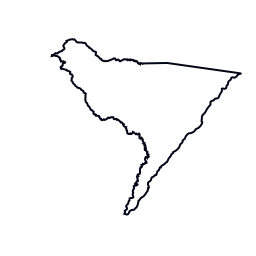 outline of Pium, Tocantins, Brazil, rotated 196°
{"feature_id": "56859067B30046930034094", "entity_name": "Pium", "entity_type": "district", "adm_level": 2, "iso_a3": "BRA", "parent_name": "Brazil", "parent_adm1": "Tocantins", "projection": "orthographic", "projection_center": [-49.76, -9.946], "detail": "fine", "context": "isolated", "style": "outline", "palette": "ink", "viewbox_px": 256, "rotation_deg": 196, "n_neighbors": 0, "source": "geoboundaries", "source_scale": "gbopen_adm2", "svg_char_len": 5955}
<svg xmlns="http://www.w3.org/2000/svg" viewBox="0 0 256 256"><g transform="rotate(196 128 128)"><path d="M79.0,114.7L77.8,116.3L78.0,117.2L75.9,119.2L74.5,121.3L73.5,123.6L73.2,126.6L71.9,129.0L71.7,129.7L72.0,130.7L71.4,132.1L70.5,133.2L70.1,136.2L69.1,138.4L67.9,139.7L66.2,140.4L64.9,141.4L63.2,143.3L62.6,145.3L61.8,146.3L60.5,147.2L58.9,149.9L58.2,152.4L58.1,153.5L58.4,154.3L59.1,154.6L60.1,159.8L59.6,161.5L58.2,164.0L57.3,168.0L56.3,170.7L55.4,172.5L55.2,173.3L55.9,175.8L55.7,176.2L54.7,177.3L53.3,178.2L52.5,180.0L49.7,181.5L49.2,182.9L49.0,185.1L48.0,188.9L48.0,189.6L48.6,191.5L48.0,192.1L46.1,192.2L44.7,193.3L44.6,194.6L44.9,195.7L44.0,197.4L44.3,200.0L43.7,201.3L42.7,202.6L42.5,203.7L42.6,204.5L42.3,205.0L41.6,205.5L39.5,205.7L38.4,206.8L37.7,207.8L37.1,209.6L34.8,211.3L35.1,211.5L108.3,201.3L131.3,194.2L131.6,193.7L133.2,194.1L133.5,193.6L134.2,193.5L134.1,192.9L135.1,193.4L135.4,193.2L135.4,192.8L136.3,193.0L136.8,193.9L137.3,194.0L137.5,194.4L138.1,194.7L138.5,194.7L138.6,194.2L138.9,194.1L139.4,194.2L139.9,194.5L140.2,194.0L141.0,194.1L141.1,194.6L141.7,194.8L144.2,194.5L144.0,193.9L144.5,193.6L145.8,194.1L146.7,193.2L147.2,193.6L147.5,193.2L148.1,193.3L148.3,193.6L149.6,193.1L150.2,193.2L151.1,192.7L154.0,189.9L154.4,189.9L154.7,190.4L156.4,191.1L157.0,190.5L158.1,189.9L158.8,190.7L159.7,191.3L160.2,191.2L160.1,190.8L160.9,190.8L163.8,188.3L164.5,188.0L165.1,187.4L166.1,186.7L168.8,185.8L169.5,186.0L169.8,185.7L170.4,185.7L172.2,186.1L172.8,187.0L174.0,187.0L176.3,188.5L178.8,189.1L179.2,189.3L179.7,192.1L180.0,192.3L182.7,192.4L183.1,192.8L186.1,194.3L187.3,194.4L188.0,195.1L190.3,195.9L192.1,197.7L193.4,197.9L194.1,197.5L196.3,197.4L198.4,196.7L199.8,196.6L200.2,196.3L201.6,196.7L201.9,197.2L204.2,198.5L204.8,198.0L205.8,198.0L207.1,197.4L207.6,197.4L211.1,194.8L210.6,194.2L210.6,193.7L211.6,192.7L212.3,191.3L212.9,189.1L211.1,187.2L211.0,186.5L211.4,185.7L212.4,184.6L212.7,183.8L215.0,182.3L215.4,181.4L216.3,180.8L216.4,180.3L217.2,180.0L218.3,180.0L219.3,178.1L221.2,177.2L221.1,176.1L220.5,176.4L219.0,177.7L218.3,177.3L216.0,177.6L215.1,177.5L214.6,177.1L213.6,177.0L213.0,176.7L212.2,175.8L212.5,175.5L212.4,175.2L211.1,174.3L210.9,173.5L210.2,173.5L208.7,174.3L207.3,173.9L207.0,174.1L206.5,173.5L207.2,172.8L208.2,172.3L208.4,171.4L208.1,170.5L208.3,169.3L209.5,168.4L209.5,167.8L208.9,167.4L208.7,166.5L208.4,166.3L207.4,166.9L204.1,166.8L203.4,167.0L203.0,166.9L202.6,166.4L199.7,166.3L198.9,165.9L198.9,164.6L198.6,164.2L198.3,163.9L196.6,163.9L196.2,163.7L195.4,162.3L195.3,161.8L195.9,160.5L195.6,160.0L195.5,158.0L194.3,157.3L192.7,155.6L191.2,155.0L189.9,153.8L188.7,153.6L187.7,152.9L186.9,152.8L185.9,153.0L184.6,152.7L184.0,152.4L183.8,152.1L183.2,151.7L182.7,151.7L181.0,151.1L180.3,149.8L178.7,149.7L177.9,149.2L177.9,147.3L177.1,145.3L177.2,144.3L175.9,141.7L174.7,140.7L174.3,140.7L172.5,138.3L171.9,138.2L171.5,137.8L170.9,137.6L168.9,135.4L168.2,135.3L168.0,135.0L167.2,135.1L166.0,134.2L165.6,134.2L165.3,133.9L165.3,132.6L164.7,132.0L163.6,131.7L162.9,132.2L162.3,131.9L162.1,131.0L159.9,131.5L159.0,131.4L158.9,130.9L158.5,130.8L158.3,130.3L157.6,129.5L157.1,129.2L156.4,129.4L155.8,128.4L155.1,128.4L154.0,129.0L153.7,129.7L153.0,129.7L152.7,129.4L151.8,130.0L151.2,130.5L151.1,131.0L150.2,131.6L149.9,132.5L149.2,132.3L148.6,132.5L147.4,133.7L146.7,133.7L145.5,134.3L145.1,134.3L144.8,133.9L144.2,132.8L142.9,132.8L141.9,133.6L141.1,133.3L140.8,132.9L140.5,133.2L140.1,132.9L139.5,133.1L137.5,132.2L137.3,131.9L136.5,131.3L135.7,131.8L134.8,131.3L134.1,130.5L133.2,130.6L133.0,130.3L133.3,129.6L132.5,128.7L131.0,128.3L130.1,128.4L130.3,127.5L129.2,126.6L129.0,125.6L128.2,125.3L127.3,122.8L125.8,122.4L125.0,122.7L124.4,123.4L123.8,123.0L123.3,123.0L122.9,123.4L122.5,124.5L121.8,124.9L122.1,125.6L121.6,125.6L120.9,125.0L118.7,124.3L118.3,124.9L117.3,124.4L116.5,124.8L116.1,125.6L115.7,125.7L115.3,125.4L114.8,124.6L114.9,123.4L114.3,121.9L113.9,122.2L113.3,121.9L113.1,121.5L112.6,122.4L111.7,122.0L111.3,121.6L111.7,121.6L111.6,121.3L110.9,121.1L110.4,120.2L110.5,119.9L109.9,119.1L109.3,118.6L107.9,118.0L107.9,117.4L108.2,117.2L107.4,117.1L107.1,116.8L107.4,116.1L106.9,116.0L106.7,115.2L106.4,115.3L106.4,114.8L106.1,114.6L106.3,114.4L105.9,114.3L105.7,114.0L105.4,113.9L105.3,113.4L105.7,112.9L106.1,112.8L106.2,112.5L105.7,111.5L105.4,111.5L105.2,112.2L104.8,112.2L104.6,111.9L104.6,111.5L104.2,111.4L104.1,110.9L103.1,110.4L102.9,110.1L102.6,110.1L102.6,109.8L102.9,109.7L102.3,107.9L101.7,107.9L101.3,108.2L100.9,108.0L101.0,106.7L100.2,106.2L100.2,105.8L100.6,105.5L101.2,105.7L101.5,105.5L101.4,104.7L101.9,105.1L102.4,105.3L103.0,104.9L103.2,103.3L103.0,102.7L102.4,101.6L100.9,100.5L100.6,99.5L101.1,99.1L101.9,99.4L102.4,98.0L103.4,97.5L103.9,97.6L103.9,97.1L103.5,96.8L103.7,96.5L104.6,96.2L104.2,95.9L104.0,94.4L104.5,93.6L105.1,93.7L105.2,91.8L104.0,87.9L104.3,86.8L105.2,86.4L105.2,85.8L105.7,85.9L105.9,85.4L105.7,84.9L104.8,84.3L105.3,83.7L105.8,83.6L105.2,82.3L104.7,81.9L104.5,80.1L103.9,80.0L103.9,79.6L104.4,79.6L105.9,76.5L105.7,75.9L105.3,75.8L104.6,76.2L104.2,76.7L103.3,76.4L103.3,76.0L104.4,74.8L105.8,74.3L106.5,73.7L105.5,71.7L106.0,70.1L106.0,68.8L105.8,68.0L105.2,67.4L105.2,65.2L104.1,63.7L103.8,62.9L104.4,62.1L106.4,61.3L107.0,60.7L106.6,58.8L107.1,57.8L107.1,55.1L108.2,53.1L108.1,52.0L107.0,50.9L106.7,50.2L107.0,49.1L108.3,47.4L107.8,46.7L107.6,45.9L107.8,44.5L105.4,44.5L104.6,44.8L104.2,45.2L103.6,47.3L103.6,48.4L103.3,48.8L101.7,50.3L100.9,50.5L99.5,51.3L98.9,52.7L98.0,54.0L97.5,56.5L97.8,61.0L97.2,61.8L96.3,64.3L94.5,66.3L93.5,67.9L92.7,70.6L91.8,73.0L92.0,73.6L91.8,74.6L92.1,75.1L92.2,75.9L91.5,76.4L91.5,76.9L93.1,78.9L93.4,79.7L93.6,81.2L93.2,81.9L92.2,82.9L91.6,84.3L91.6,86.9L89.8,88.7L89.2,90.0L88.1,90.4L87.9,90.7L87.8,93.9L87.5,94.9L86.6,96.3L86.5,98.7L86.3,99.0L85.6,99.1L85.4,100.7L83.0,103.4L81.8,105.6L81.1,106.1L80.5,109.8L80.0,111.2L79.3,112.4L79.0,114.7Z" fill="none" stroke="#020617" stroke-width="2"/></g></svg>